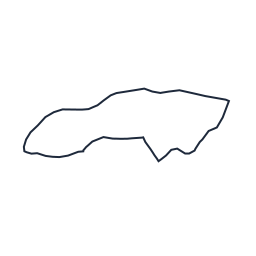 Ifedayo, Osun, Nigeria, rotated 234°
{"feature_id": "59680162B7861486631755", "entity_name": "Ifedayo", "entity_type": "district", "adm_level": 2, "iso_a3": "NGA", "parent_name": "Nigeria", "parent_adm1": "Osun", "projection": "equal_earth", "projection_center": [4.991, 7.987], "detail": "fine", "context": "isolated", "style": "outline", "palette": "slate", "viewbox_px": 256, "rotation_deg": 234, "n_neighbors": 0, "source": "geoboundaries", "source_scale": "gbopen_adm2", "svg_char_len": 1103}
<svg xmlns="http://www.w3.org/2000/svg" viewBox="0 0 256 256"><g transform="rotate(234 128 128)"><path d="M91.2,225.1L93.5,223.7L108.4,209.3L114.6,203.9L117.9,201.0L128.3,191.8L133.4,182.6L136.6,176.3L137.3,174.8L143.2,169.1L150.3,164.3L153.6,157.7L159.6,145.9L163.0,139.3L163.4,137.9L164.6,133.2L164.6,124.5L164.3,116.6L164.4,116.3L165.5,111.6L166.3,107.9L166.6,107.0L168.8,103.4L170.1,101.3L181.5,86.0L184.4,77.3L185.4,67.6L183.1,56.5L181.8,46.6L178.6,38.8L174.0,32.7L170.1,30.5L167.9,31.8L164.0,34.8L161.0,39.7L155.0,44.1L153.9,44.9L153.5,45.3L149.0,50.1L144.8,55.4L140.9,63.3L138.0,73.8L135.4,78.1L136.2,78.8L136.7,81.0L137.2,82.9L137.4,85.4L138.0,91.2L135.1,102.8L129.4,108.4L128.5,109.3L127.0,111.2L127.0,111.3L123.5,115.8L119.7,121.2L117.5,124.9L112.1,133.5L111.5,134.8L106.5,133.8L104.6,133.8L102.2,133.8L99.2,133.8L97.7,133.8L93.3,133.6L90.4,133.4L86.3,133.4L83.2,133.2L83.2,136.7L83.4,142.6L84.9,150.2L82.4,155.7L73.8,159.2L71.4,162.5L70.6,168.6L71.6,170.4L74.5,177.9L75.0,181.4L78.2,191.5L76.2,200.2L80.9,210.9L90.5,225.5L91.2,225.1Z" fill="none" stroke="#1e293b" stroke-width="2"/></g></svg>